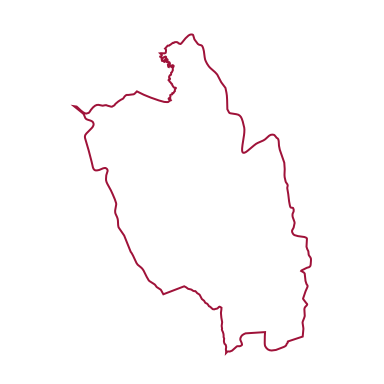 Sambú, Emberá, Panama, rotated 6°
{"feature_id": "35544464B41200753641773", "entity_name": "Sambú", "entity_type": "district", "adm_level": 2, "iso_a3": "PAN", "parent_name": "Panama", "parent_adm1": "Emberá", "projection": "mercator", "projection_center": [-78.143, 7.844], "detail": "fine", "context": "isolated", "style": "outline", "palette": "rose", "viewbox_px": 384, "rotation_deg": 6, "n_neighbors": 0, "source": "geoboundaries", "source_scale": "gbopen_adm2", "svg_char_len": 5937}
<svg xmlns="http://www.w3.org/2000/svg" viewBox="0 0 384 384"><g transform="rotate(6 192 192)"><path d="M149.1,272.3L150.5,273.4L152.0,275.1L155.8,281.1L158.2,284.4L159.1,285.1L164.5,287.8L165.2,288.4L166.8,290.2L171.1,292.4L171.6,293.0L174.2,296.7L194.1,286.6L196.1,287.4L198.3,288.7L200.9,289.0L201.8,289.2L202.9,289.9L203.7,290.2L204.6,290.4L205.5,290.2L206.1,290.5L207.7,292.0L209.9,293.1L210.5,293.6L213.0,297.4L215.4,298.9L216.8,300.8L218.9,301.6L219.7,302.4L220.8,303.8L222.0,304.2L224.8,306.3L226.3,306.4L227.6,305.8L229.0,305.4L229.7,304.9L230.7,303.6L231.3,303.2L231.9,303.3L233.4,304.0L233.5,305.9L233.4,309.2L234.3,313.8L235.6,318.3L235.5,322.1L236.2,324.8L236.1,325.3L236.1,325.7L236.5,326.6L237.4,328.1L238.1,329.8L238.4,331.1L238.6,333.0L239.3,334.4L239.3,336.9L239.7,338.4L240.2,339.5L241.4,340.4L242.0,341.8L242.2,342.8L242.1,344.8L242.7,347.3L242.7,348.6L244.0,346.9L244.5,346.8L246.3,346.7L248.4,345.6L252.7,340.9L253.4,340.6L255.6,340.4L256.7,339.8L257.4,339.2L257.7,338.7L257.6,338.1L257.1,336.8L255.6,334.2L255.4,333.2L255.5,332.0L256.1,330.4L256.8,329.3L258.2,328.1L260.0,327.0L279.3,323.7L279.5,328.0L280.1,334.5L280.4,336.3L280.8,337.5L282.0,339.1L283.7,340.5L285.6,341.2L287.2,341.3L288.2,341.2L292.0,340.3L299.5,336.5L300.7,335.7L301.6,334.8L302.1,333.1L303.0,331.7L302.9,330.8L303.0,330.6L317.2,324.2L317.1,316.4L316.8,315.0L315.6,310.4L315.7,309.2L316.8,305.2L317.1,303.5L316.0,296.8L316.1,295.7L316.6,294.5L318.0,292.7L318.3,291.7L318.1,291.3L317.2,290.5L314.1,287.2L313.7,286.7L313.6,286.4L315.3,278.9L316.7,274.5L316.8,273.5L316.6,272.9L315.4,271.4L314.2,268.6L312.6,261.3L311.7,260.4L308.8,259.1L309.0,258.7L309.4,258.4L314.1,255.4L316.3,254.5L317.2,253.6L317.5,252.8L317.6,251.8L317.5,248.0L317.3,246.1L316.7,244.8L315.1,243.0L314.6,242.2L313.9,238.8L312.6,236.8L311.6,234.5L311.2,226.5L311.0,226.0L310.0,225.4L308.4,225.0L302.0,224.8L298.6,224.2L297.7,223.8L297.0,223.2L296.4,222.4L295.8,221.4L295.6,220.5L295.6,219.7L296.8,216.8L297.3,212.1L297.0,211.0L294.7,206.2L294.4,204.8L294.3,203.3L295.1,200.7L295.0,199.0L294.5,197.9L294.1,197.3L293.5,197.2L292.1,197.2L291.6,196.9L291.1,196.1L290.6,194.7L289.6,191.4L287.9,183.9L286.4,178.5L286.3,177.7L286.5,175.9L286.4,175.1L285.9,174.2L284.5,172.6L284.1,172.0L282.6,167.6L282.2,165.4L281.8,159.5L280.7,153.2L274.9,140.8L273.7,137.0L272.9,132.3L272.3,130.6L271.7,129.9L270.3,129.1L269.8,128.5L268.0,126.8L267.3,126.6L266.2,126.5L265.2,126.7L264.2,127.0L262.7,128.1L259.3,131.9L257.7,133.2L252.3,136.3L250.7,137.4L248.8,139.2L243.1,145.1L241.6,146.5L240.5,147.2L239.6,147.6L238.8,147.6L238.2,147.2L237.8,146.5L237.5,145.6L237.3,143.5L237.3,139.9L237.8,129.8L237.8,127.4L237.6,124.5L237.2,122.5L236.8,121.4L235.1,116.6L233.9,114.0L232.9,112.4L232.0,111.5L231.2,110.9L229.9,110.3L227.9,110.0L221.9,109.7L221.1,109.5L220.5,109.0L218.5,106.0L217.3,96.7L216.6,92.5L215.9,89.7L214.4,85.0L209.6,79.8L204.9,72.7L204.4,72.2L202.5,70.5L197.3,66.8L195.7,65.4L193.6,62.9L192.1,60.6L191.2,58.9L190.5,56.6L189.1,50.7L188.1,47.9L187.2,46.2L186.7,45.6L186.1,45.2L183.4,44.7L182.3,44.1L178.5,40.0L176.8,36.0L176.5,35.6L176.0,35.4L174.7,35.4L173.7,35.7L172.2,36.7L169.5,39.8L166.3,44.7L165.4,45.8L165.1,46.0L164.6,46.0L164.1,45.7L163.5,45.7L163.1,45.6L162.4,44.9L161.3,44.5L159.7,44.7L158.7,45.0L158.2,45.7L157.3,45.7L155.0,47.9L154.4,48.2L154.1,48.7L153.4,48.9L152.5,49.0L150.2,52.2L151.0,52.7L151.3,53.5L151.4,55.6L151.2,56.4L150.2,57.0L146.6,57.2L145.8,57.4L147.7,58.9L147.7,59.5L147.2,60.2L147.0,60.4L146.3,60.5L146.2,60.8L146.3,60.9L147.0,60.9L147.5,61.4L148.3,64.3L148.6,64.8L148.8,64.8L148.9,64.7L148.6,63.0L148.9,61.9L149.3,61.5L150.4,60.6L151.5,60.1L151.9,60.2L152.2,60.6L152.2,61.2L151.7,62.7L150.3,64.8L150.4,65.2L150.8,65.5L151.0,65.5L152.0,63.2L152.6,62.6L153.2,62.4L153.8,62.8L154.0,63.4L153.8,64.0L153.1,64.7L153.0,65.2L153.3,65.4L155.4,65.2L155.8,65.3L156.1,65.5L156.6,66.5L156.5,67.1L156.1,67.4L155.1,67.3L154.8,67.5L154.7,67.8L155.1,69.3L155.5,70.1L155.9,70.2L156.2,69.0L157.1,68.5L157.5,68.5L158.2,69.7L158.4,69.8L158.9,69.5L158.8,68.4L159.1,68.0L159.5,67.9L159.9,68.0L160.4,68.3L160.6,68.6L160.5,69.2L159.9,70.9L160.2,72.9L159.4,75.1L158.8,75.5L158.9,77.4L158.5,78.0L157.8,78.2L157.7,78.4L157.2,79.7L157.3,80.6L158.2,81.4L158.3,81.9L158.2,82.1L157.5,82.1L157.0,83.1L157.3,83.3L157.5,82.9L158.0,84.4L159.3,85.3L160.0,86.3L160.3,86.3L161.0,86.9L161.2,87.8L161.6,88.3L163.0,89.9L163.5,90.1L164.7,90.0L165.0,90.1L165.1,90.4L164.3,91.9L164.4,93.6L163.9,93.9L163.8,94.4L163.1,95.7L162.2,95.7L162.0,96.9L161.6,96.9L160.2,98.0L160.6,99.4L160.5,99.9L160.0,100.4L160.2,100.8L159.1,101.4L159.0,101.7L159.2,102.0L159.6,102.3L160.4,101.7L160.8,101.8L161.0,102.1L160.9,102.8L161.2,103.1L160.4,103.5L159.0,104.9L158.5,105.1L157.8,105.2L154.9,105.3L149.5,104.4L141.4,102.5L137.2,101.3L133.8,100.3L126.7,97.7L124.6,100.3L123.8,100.9L118.7,102.1L116.9,102.3L116.2,102.7L115.0,104.0L114.0,105.9L113.5,106.5L111.5,107.8L109.2,109.7L106.6,112.4L106.0,113.5L105.6,114.0L103.5,115.5L102.8,115.6L99.1,115.0L97.5,114.6L96.1,114.9L94.2,115.5L92.9,115.4L89.9,115.1L88.2,115.4L86.6,116.3L84.8,118.1L83.0,120.7L81.7,123.2L81.0,124.1L78.5,125.1L77.0,124.8L75.2,124.0L72.7,122.4L70.1,120.4L68.3,119.1L65.7,119.0L75.6,125.4L76.4,126.3L78.1,129.5L78.9,130.3L80.2,130.9L83.6,131.6L84.8,132.0L85.9,132.6L86.6,133.6L87.0,134.5L87.1,135.5L86.9,136.3L86.5,137.5L85.6,138.9L80.9,144.8L80.0,146.3L79.8,147.0L79.7,148.0L79.9,149.3L84.9,161.5L89.0,172.4L90.9,177.9L91.6,179.2L92.4,180.0L93.0,180.4L94.0,180.6L95.1,180.5L97.4,179.8L101.2,177.7L102.5,177.3L103.4,177.2L104.3,177.5L105.1,178.1L105.5,178.6L105.9,179.8L105.0,184.3L105.1,187.7L105.3,189.3L106.0,191.1L107.0,192.8L111.2,198.9L113.4,202.6L116.0,207.3L117.6,210.8L117.9,211.9L117.9,213.0L117.5,218.3L117.7,220.1L118.1,221.4L120.2,225.0L120.9,226.6L121.3,228.1L122.0,232.6L122.5,234.4L122.8,235.0L129.1,242.4L137.3,257.9L138.4,259.1L140.0,261.4L144.2,268.4L145.6,270.0L149.1,272.3Z" fill="none" stroke="#9f1239" stroke-width="2"/></g></svg>